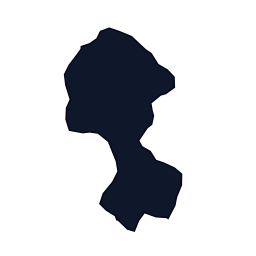 the district of Tomelilla, Skåne, Sweden, rotated 165°
{"feature_id": "70781695B70463852837114", "entity_name": "Tomelilla", "entity_type": "district", "adm_level": 2, "iso_a3": "SWE", "parent_name": "Sweden", "parent_adm1": "Skåne", "projection": "albers", "projection_center": [14.031, 55.651], "detail": "fine", "context": "isolated", "style": "filled", "palette": "ink", "viewbox_px": 256, "rotation_deg": 165, "n_neighbors": 0, "source": "geoboundaries", "source_scale": "gbopen_adm2", "svg_char_len": 875}
<svg xmlns="http://www.w3.org/2000/svg" viewBox="0 0 256 256"><g transform="rotate(165 128 128)"><path d="M112.7,30.3L102.7,41.3L101.8,43.2L98.9,49.0L91.3,58.9L88.2,69.6L93.5,77.2L102.7,84.9L109.6,89.5L112.6,99.5L119.5,106.4L121.0,113.2L109.5,123.2L104.2,125.5L100.3,133.2L100.3,138.5L99.6,146.2L88.0,151.5L82.7,151.5L72.7,155.3L70.4,165.1L70.4,165.3L75.0,173.8L82.6,181.5L86.4,193.8L91.0,199.2L101.0,215.3L111.0,223.0L120.2,229.2L129.5,228.4L134.9,222.2L143.3,219.2L152.0,218.7L152.8,216.3L160.7,209.9L168.5,203.9L175.4,196.1L176.9,185.7L176.3,170.5L182.2,163.1L185.6,152.3L185.1,141.0L172.8,135.2L166.0,134.2L158.1,130.8L150.3,120.0L147.8,98.9L148.8,88.6L156.6,79.8L168.8,71.0L174.7,62.1L170.2,54.3L162.9,46.5L162.5,42.1L161.6,42.1L154.7,30.6L148.6,26.8L141.7,36.0L134.1,42.1L124.1,35.2L113.4,31.4L112.7,30.3Z" fill="#0f172a" stroke="#020617" stroke-width="1.5"/></g></svg>